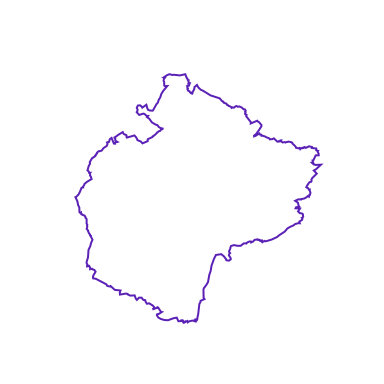 Manastireni, Cluj, Romania, rotated 149°
{"feature_id": "2599482B68229257959146", "entity_name": "Manastireni", "entity_type": "district", "adm_level": 2, "iso_a3": "ROU", "parent_name": "Romania", "parent_adm1": "Cluj", "projection": "robinson", "projection_center": [23.092, 46.785], "detail": "fine", "context": "isolated", "style": "outline", "palette": "violet", "viewbox_px": 384, "rotation_deg": 149, "n_neighbors": 0, "source": "geoboundaries", "source_scale": "gbopen_adm2", "svg_char_len": 6046}
<svg xmlns="http://www.w3.org/2000/svg" viewBox="0 0 384 384"><g transform="rotate(149 192 192)"><path d="M294.6,247.6L295.0,243.1L296.3,239.7L296.6,236.7L298.9,232.6L298.5,231.6L297.8,231.6L298.3,230.9L298.3,229.9L297.6,229.4L297.7,228.8L296.2,227.1L296.2,225.3L296.6,224.8L296.3,223.4L296.5,222.6L298.6,219.3L298.6,217.8L299.2,217.4L299.8,216.0L301.3,214.6L300.9,212.5L301.4,211.6L301.3,210.6L301.6,209.7L301.3,208.2L301.8,207.3L301.2,206.5L301.6,205.9L301.9,202.3L304.5,200.5L307.2,197.9L310.6,195.6L314.8,189.5L317.8,186.9L318.9,185.5L319.1,184.6L319.0,183.5L320.2,182.6L320.3,182.2L318.2,181.6L318.4,179.2L319.1,178.3L317.2,177.7L316.9,176.6L315.8,175.5L315.7,173.3L319.3,171.4L320.6,170.3L321.2,168.9L319.2,167.2L312.9,156.9L313.1,155.5L312.6,154.8L310.9,153.1L310.2,153.3L308.6,147.9L304.0,144.4L305.8,142.8L306.6,141.2L300.8,138.9L299.7,137.8L299.9,137.4L298.3,135.0L294.4,132.9L295.1,129.6L294.8,127.9L291.8,128.7L289.6,127.4L289.5,125.4L289.0,124.2L288.1,123.8L287.8,123.3L288.3,121.9L288.2,119.4L286.0,118.6L284.0,114.6L283.7,112.3L284.0,111.6L285.4,111.9L285.5,111.5L282.0,110.8L280.2,111.3L280.9,110.7L280.9,110.2L280.5,110.1L280.4,106.6L280.2,105.2L279.7,104.7L283.4,104.6L284.7,105.2L285.6,104.6L285.5,101.7L284.1,99.2L281.5,96.4L278.5,94.4L273.2,93.4L269.8,92.2L270.2,88.2L266.5,86.4L266.6,87.2L266.2,87.0L265.9,86.5L265.9,85.5L266.7,84.7L266.6,84.3L265.9,84.0L264.5,84.4L264.5,84.0L262.5,83.9L262.7,82.5L261.6,82.7L259.6,82.2L257.4,81.3L256.6,80.2L256.2,80.5L255.9,80.0L255.5,80.4L255.3,80.1L254.9,80.2L254.7,81.0L254.2,80.8L254.6,80.6L254.4,80.2L255.5,79.3L255.4,79.0L253.3,79.9L251.6,82.1L250.1,83.5L243.3,92.3L241.6,93.2L240.7,94.3L236.4,93.8L236.5,95.4L232.4,102.5L231.5,103.4L227.9,104.8L224.7,106.5L220.0,111.9L216.8,114.6L213.1,118.9L207.7,123.3L203.9,125.7L198.9,123.6L197.8,120.4L197.4,116.9L197.7,115.9L196.4,114.6L195.4,114.1L193.4,114.4L192.9,115.5L193.0,118.7L192.0,119.7L190.8,120.0L191.0,120.9L190.9,122.0L188.4,123.7L187.5,124.8L186.4,125.6L183.4,124.9L180.9,122.6L177.9,120.8L174.3,121.3L172.0,120.2L171.9,119.9L170.8,120.3L168.2,120.0L167.0,119.2L167.3,118.3L165.0,118.1L163.3,118.7L161.4,118.2L160.2,117.1L160.0,117.4L159.5,116.9L159.8,116.7L159.0,116.1L159.0,115.3L158.3,114.6L158.0,114.8L157.9,114.3L157.5,115.2L157.6,114.5L157.2,114.5L157.3,113.8L156.9,113.9L156.8,112.8L154.9,112.7L154.6,112.0L153.0,111.4L148.1,110.2L142.3,109.6L139.8,110.0L132.9,110.3L129.0,111.6L125.8,111.6L122.2,111.1L120.0,111.4L116.6,110.4L115.7,109.7L115.2,111.4L112.1,111.4L111.2,112.1L111.2,113.2L110.6,113.1L109.4,113.6L108.4,115.9L108.7,116.8L110.5,118.4L111.1,120.7L108.0,122.2L111.6,124.7L110.7,125.3L107.6,124.3L107.7,125.3L106.7,128.3L108.1,131.3L104.8,131.0L102.3,129.4L102.1,129.7L99.2,128.6L96.7,128.5L95.1,128.9L94.2,127.7L92.9,129.1L92.5,128.8L90.9,130.2L90.3,132.8L89.8,133.5L90.6,133.8L90.5,135.5L91.6,137.1L90.3,138.1L86.4,139.9L84.5,139.4L83.7,140.0L83.3,141.1L81.8,142.0L75.6,143.5L76.5,147.7L74.2,147.6L67.4,149.0L72.2,151.6L73.5,153.1L74.0,154.9L73.1,154.3L72.9,156.3L72.4,157.0L71.7,156.6L67.1,159.7L64.5,158.2L63.7,159.7L63.5,162.1L62.8,162.4L64.0,163.8L63.1,165.3L66.6,168.0L66.0,168.7L68.1,170.9L70.4,171.0L71.1,171.4L71.7,171.2L72.3,172.5L73.5,172.7L73.8,172.3L74.6,173.0L75.1,172.8L75.8,173.4L77.2,173.0L77.1,174.4L78.3,174.6L80.1,176.4L79.8,177.0L80.0,178.5L81.0,182.0L80.7,182.5L81.0,183.3L83.2,185.4L85.7,186.3L86.3,186.2L87.0,187.1L88.8,187.8L89.6,189.6L88.9,190.3L89.8,190.7L90.9,190.2L91.5,190.9L92.4,190.8L92.9,191.2L94.2,195.8L96.0,196.0L98.2,197.1L98.1,197.8L98.6,198.9L100.0,200.4L100.6,201.7L102.5,203.9L103.5,204.5L103.1,205.4L104.2,206.3L104.1,207.5L108.5,207.4L110.1,207.7L109.7,208.4L107.4,208.6L103.3,210.3L98.8,212.5L98.0,213.5L98.6,217.4L99.3,218.6L99.4,219.5L106.3,220.5L105.6,221.4L106.5,229.0L105.5,230.0L106.3,231.1L106.1,231.9L105.3,232.3L105.3,233.4L104.1,233.9L104.2,235.8L105.2,236.4L105.8,238.7L107.4,241.0L108.8,241.4L109.6,242.8L110.5,243.0L112.7,242.7L113.5,243.6L114.7,243.7L114.5,244.4L115.6,246.3L116.3,246.9L116.5,248.1L117.1,248.7L117.0,250.0L118.7,252.0L118.9,252.8L118.6,253.3L119.5,254.6L119.7,256.6L120.1,257.5L120.0,258.0L126.3,265.2L130.5,273.3L131.8,275.1L132.7,278.3L132.6,281.2L135.7,280.7L137.4,278.8L140.3,277.2L140.5,276.6L141.2,276.2L142.0,277.2L141.8,277.9L142.4,278.6L142.3,279.7L143.2,281.0L143.0,282.3L142.2,282.7L142.4,283.7L141.8,284.3L141.6,285.3L139.9,284.7L137.9,286.3L139.2,286.9L138.2,287.8L138.0,289.1L137.3,289.6L137.9,290.6L137.5,291.8L137.8,292.4L137.1,296.4L142.4,298.2L146.7,301.5L148.6,302.5L150.7,304.6L153.1,305.0L157.3,304.8L156.4,303.9L157.8,303.4L159.0,302.1L159.3,300.4L161.0,297.5L160.5,296.6L158.6,295.6L164.3,293.6L167.7,291.9L170.7,289.3L173.0,288.2L175.2,286.2L177.2,285.6L183.5,282.0L183.9,282.0L186.3,283.7L187.3,285.1L187.2,286.6L186.2,290.3L191.2,289.9L191.2,291.3L191.9,293.1L193.9,294.0L196.0,292.6L196.2,290.7L196.8,289.8L198.3,288.9L197.5,285.2L193.4,284.3L192.6,283.4L191.6,280.5L190.6,279.9L192.0,279.4L190.9,276.9L190.5,272.3L188.4,268.4L187.2,267.1L187.0,264.8L186.0,263.0L184.5,261.5L184.9,261.1L186.3,261.5L187.6,260.8L189.6,261.2L190.7,260.8L191.1,261.0L193.1,260.3L196.4,259.8L197.0,260.0L197.6,259.5L202.8,260.0L203.8,258.4L209.4,259.2L209.8,261.5L212.0,264.5L211.7,267.4L212.2,270.1L219.8,272.2L219.8,272.9L219.1,274.0L219.0,274.7L220.2,276.1L220.7,277.3L220.5,279.0L225.3,279.0L229.3,278.6L231.2,278.8L230.4,278.3L230.3,277.0L231.1,276.1L231.2,275.2L230.1,273.3L230.7,273.4L231.6,274.1L232.9,273.6L233.1,273.1L234.0,273.7L234.0,274.0L233.1,279.8L234.8,279.7L235.7,279.3L237.2,277.7L239.3,278.3L239.6,276.7L241.5,275.4L245.3,275.2L248.1,274.0L250.2,274.5L250.5,274.9L251.9,275.0L253.3,274.5L253.5,274.0L255.3,273.6L255.5,273.1L256.5,272.9L256.6,272.6L259.2,272.4L259.6,272.6L261.3,271.9L264.3,270.2L264.8,268.8L267.1,267.5L270.5,264.3L269.9,262.8L270.3,261.3L269.7,261.0L270.1,260.9L270.0,259.9L270.9,258.7L270.8,257.2L271.4,254.8L276.7,254.8L280.0,254.3L281.0,253.4L282.9,252.6L283.0,252.0L284.5,252.5L288.2,249.7L290.6,248.3L293.6,247.5L294.6,247.6Z" fill="none" stroke="#5b21b6" stroke-width="2"/></g></svg>